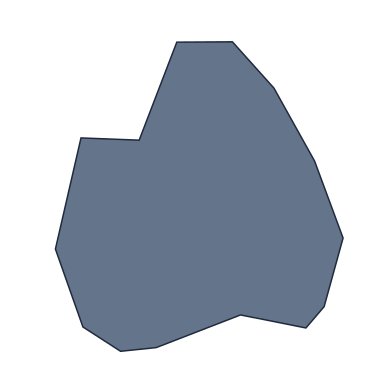 outline of Arxust, Töv, Mongolia, rotated 82°
{"feature_id": "93677404B33334690318277", "entity_name": "Arxust", "entity_type": "district", "adm_level": 2, "iso_a3": "MNG", "parent_name": "Mongolia", "parent_adm1": "Töv", "projection": "mercator", "projection_center": [107.97, 47.468], "detail": "fine", "context": "isolated", "style": "filled", "palette": "slate", "viewbox_px": 384, "rotation_deg": 82, "n_neighbors": 0, "source": "geoboundaries", "source_scale": "gbopen_adm2", "svg_char_len": 343}
<svg xmlns="http://www.w3.org/2000/svg" viewBox="0 0 384 384"><g transform="rotate(82 192 192)"><path d="M310.5,318.8L339.8,284.9L341.1,249.1L320.5,161.1L342.5,98.1L323.9,77.1L258.6,48.8L178.4,66.3L100.5,96.4L48.9,131.1L41.5,186.2L133.3,237.1L123.0,294.4L229.5,335.2L310.5,318.8Z" fill="#64748b" stroke="#1e293b" stroke-width="1.5"/></g></svg>